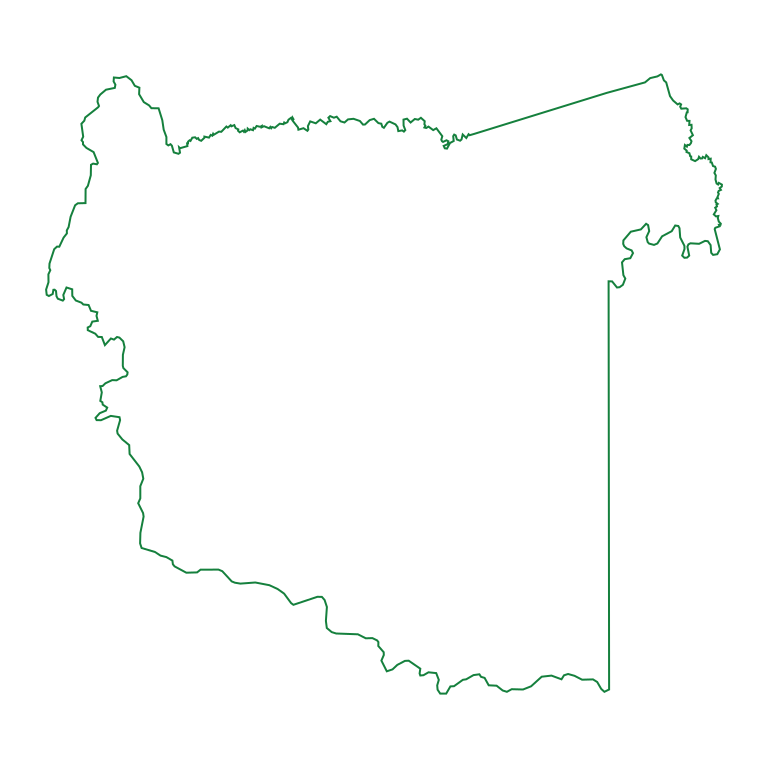 the district of La Macarena, Meta, Colombia
{"feature_id": "7082276B91744588018589", "entity_name": "La Macarena", "entity_type": "district", "adm_level": 2, "iso_a3": "COL", "parent_name": "Colombia", "parent_adm1": "Meta", "projection": "natural_earth1", "projection_center": [-73.869, 2.122], "detail": "fine", "context": "isolated", "style": "outline", "palette": "green", "viewbox_px": 768, "rotation_deg": 0, "n_neighbors": 0, "source": "geoboundaries", "source_scale": "gbopen_adm2", "svg_char_len": 6036}
<svg xmlns="http://www.w3.org/2000/svg" viewBox="0 0 768 768"><path d="M126.3,76.2L119.4,78.0L113.9,77.5L113.6,81.4L115.4,84.7L114.8,87.9L106.0,89.7L100.3,94.5L98.0,97.6L97.5,101.8L99.0,106.0L98.2,107.2L85.2,117.5L84.3,120.7L81.4,123.8L83.2,136.7L81.5,140.2L83.0,142.1L83.0,144.4L86.4,147.9L93.6,152.1L97.9,162.9L96.9,164.3L93.1,163.6L91.0,164.8L90.8,175.3L87.9,185.8L85.6,189.0L85.5,203.1L77.8,203.3L75.1,205.3L70.6,216.8L68.6,227.1L66.8,230.4L66.9,233.4L63.6,237.6L59.3,246.7L57.0,246.6L54.2,249.2L49.5,263.6L49.3,268.0L50.3,270.2L48.4,274.3L48.5,282.2L46.1,289.6L46.7,294.8L48.9,296.0L52.7,294.0L53.4,289.8L54.6,289.7L56.0,291.0L56.5,296.2L57.8,298.7L62.8,300.6L64.1,299.1L63.3,295.0L66.5,287.5L72.2,289.3L72.3,295.9L75.8,300.5L81.5,302.7L83.3,304.5L88.6,305.0L91.0,310.8L97.3,312.3L96.5,315.9L97.8,320.8L92.3,321.6L90.3,326.2L87.7,327.5L87.8,330.2L95.3,333.7L98.1,336.9L101.8,337.0L104.9,345.1L110.9,338.5L114.0,339.6L117.0,337.0L119.4,337.6L123.2,341.3L124.6,347.2L122.9,354.8L122.8,365.9L123.4,368.1L127.6,372.3L127.3,374.5L126.0,376.3L122.6,376.9L116.6,380.3L112.2,380.1L105.4,383.3L102.6,386.0L100.2,386.2L101.8,392.4L100.3,400.9L102.4,402.3L102.7,404.6L107.2,407.6L105.9,410.6L99.7,413.2L95.5,417.9L96.6,420.1L101.0,420.2L110.8,415.9L119.5,417.2L120.1,420.1L117.1,430.7L117.6,433.6L122.3,439.4L129.2,445.1L129.6,454.0L139.3,466.5L142.1,472.3L143.3,478.7L140.3,486.2L140.3,498.4L138.2,503.2L143.1,513.1L143.6,516.6L140.4,532.8L140.1,543.4L141.6,548.0L155.0,552.0L160.5,555.6L166.4,557.1L172.4,560.6L172.9,564.3L174.6,566.4L186.3,572.7L197.1,572.4L200.5,569.7L218.5,569.6L222.3,571.2L231.7,581.4L234.9,582.7L240.4,583.6L255.3,582.5L269.4,585.2L277.6,589.0L284.1,593.6L291.1,603.1L293.4,604.8L317.4,596.8L321.9,596.9L324.6,600.0L326.9,607.0L325.9,620.9L326.8,628.0L331.7,632.1L336.2,633.5L357.9,634.3L365.8,638.3L372.4,638.1L377.1,640.4L378.4,642.1L378.3,646.0L383.7,652.2L383.8,655.0L381.4,660.6L386.8,671.3L392.5,669.4L397.3,664.9L404.9,660.9L408.7,660.7L420.3,668.7L419.6,673.5L420.3,675.5L423.5,675.2L428.5,672.3L436.2,673.1L438.8,679.9L437.2,685.4L437.6,689.7L440.2,693.6L446.2,693.6L450.4,686.4L454.0,686.2L462.9,679.8L466.2,679.3L473.5,675.1L479.4,674.3L481.0,676.8L484.6,677.9L488.7,685.3L496.6,685.7L502.7,690.5L506.9,691.8L511.7,689.2L523.0,689.5L531.1,686.3L541.7,676.7L551.5,675.6L561.5,679.3L564.0,675.3L568.1,674.0L574.5,675.8L582.1,679.7L593.0,679.4L597.2,682.0L601.2,688.9L604.4,691.8L609.1,689.5L608.6,281.3L612.1,281.4L617.0,287.5L619.6,287.2L622.9,284.8L625.3,278.6L623.4,275.2L622.0,262.4L624.7,259.2L630.3,258.2L633.0,253.1L631.6,250.4L626.6,248.4L624.2,246.2L623.2,243.9L623.4,240.4L630.8,231.7L640.9,229.4L646.1,223.8L648.1,225.1L649.2,231.1L646.4,237.2L647.7,242.1L649.1,243.6L654.0,244.9L657.4,243.5L662.1,236.3L671.7,231.2L675.2,225.5L678.3,226.0L679.5,228.2L680.2,237.5L684.4,245.8L684.5,249.0L682.2,255.6L684.4,257.8L687.1,257.6L689.2,255.6L687.4,246.7L688.4,244.4L690.4,243.3L699.1,243.8L705.0,240.9L707.8,241.2L710.6,245.1L711.2,252.8L713.1,254.9L717.3,254.2L719.9,249.4L714.7,229.1L715.3,227.8L719.6,226.3L719.0,224.9L720.5,224.9L720.8,223.7L718.8,221.6L717.8,218.0L718.3,216.0L716.0,216.4L713.8,214.4L716.4,210.2L715.2,207.7L717.0,206.4L716.5,204.6L717.7,203.9L715.8,202.4L715.5,200.6L716.8,198.3L718.0,198.3L717.5,197.0L718.8,193.9L718.0,192.5L718.7,190.9L720.9,189.9L719.7,188.1L721.8,186.5L721.9,184.6L718.8,182.9L718.1,184.5L716.6,183.5L715.5,179.5L715.8,175.4L714.4,172.9L715.9,168.9L715.1,166.7L713.0,166.0L711.8,162.5L710.5,162.3L710.7,158.7L708.5,159.1L708.5,157.4L706.3,155.2L705.1,158.2L702.8,156.9L702.1,158.4L700.5,158.5L699.0,156.8L698.2,159.1L695.1,161.1L691.2,159.3L691.2,156.5L690.2,156.2L689.4,153.2L686.5,152.0L686.7,150.6L684.3,148.6L684.9,145.0L686.9,146.6L687.5,144.9L689.4,145.0L690.9,143.2L691.5,141.2L689.4,138.0L692.9,135.2L690.6,130.4L691.7,128.3L691.5,124.8L689.2,125.0L689.5,120.9L687.1,120.8L685.5,117.1L686.8,112.4L687.6,112.3L687.7,109.3L686.3,108.3L681.3,108.7L680.2,106.7L681.1,104.4L679.6,103.4L677.6,104.4L673.1,100.5L670.0,96.1L666.2,82.4L663.9,80.4L661.9,75.0L660.9,74.4L657.4,76.4L650.2,78.1L645.0,82.4L606.7,92.9L474.2,133.9L469.7,135.2L468.6,134.2L466.3,138.0L462.7,134.5L461.5,139.5L460.1,140.7L456.9,139.5L455.7,135.4L454.2,134.6L453.2,136.2L453.7,141.0L450.0,143.0L447.0,148.6L444.8,148.3L443.7,145.9L447.6,144.2L448.4,141.3L446.5,140.3L443.0,141.9L442.0,141.2L441.3,139.7L442.3,136.2L436.4,128.3L433.2,130.1L428.5,126.6L426.2,128.0L424.4,127.5L425.4,125.8L424.4,124.3L424.7,121.2L420.9,117.8L418.2,119.7L414.8,119.0L410.6,122.5L407.0,118.7L403.5,119.6L403.6,125.6L405.3,130.1L403.9,131.6L402.2,130.4L398.3,131.1L397.5,127.1L395.5,124.4L389.5,121.6L387.4,122.8L383.9,127.8L382.3,126.8L381.3,123.7L378.4,123.1L374.0,118.8L369.7,120.1L365.0,124.5L363.0,124.6L359.9,121.0L353.5,118.8L348.0,119.4L344.5,122.5L340.5,121.3L336.7,116.7L333.9,117.7L330.1,116.1L328.4,117.7L330.4,121.2L327.8,121.8L326.3,124.2L320.2,119.6L315.8,123.3L310.2,121.4L307.9,126.1L308.3,129.6L307.4,130.8L303.5,128.2L298.4,129.7L298.0,127.5L292.5,120.5L293.5,119.3L292.3,117.2L291.4,118.7L290.8,118.0L288.5,119.7L287.4,122.2L285.1,123.3L284.2,122.5L283.5,124.2L279.7,123.7L274.8,127.8L272.1,127.0L271.2,128.2L270.3,126.9L269.2,128.3L264.0,126.2L261.7,127.3L261.8,125.9L260.2,126.8L256.6,126.0L254.9,128.6L253.6,127.9L253.0,130.2L250.4,129.3L249.4,130.1L247.7,128.6L247.5,130.5L245.5,131.9L244.8,130.2L243.9,131.8L242.9,130.6L239.7,132.3L238.0,130.7L238.3,129.4L235.6,128.1L234.3,125.1L231.4,126.3L230.7,125.2L227.8,127.6L226.4,126.5L221.3,131.8L219.0,131.6L213.7,134.8L213.1,133.8L212.3,135.7L210.7,134.9L209.0,137.6L204.4,136.6L204.4,137.8L201.2,140.8L199.2,140.0L198.1,138.1L196.8,138.9L195.1,137.3L192.3,137.7L190.5,140.9L189.6,140.3L188.1,141.6L188.0,143.4L187.1,143.4L187.4,146.1L180.1,148.2L179.1,147.3L180.0,152.7L178.5,153.8L173.8,152.4L171.9,145.7L170.5,144.2L168.3,145.4L166.4,144.0L166.4,137.0L163.7,129.7L162.3,120.2L158.6,108.3L151.4,108.2L149.1,105.4L143.8,102.1L139.1,94.2L139.4,87.7L134.8,85.8L131.5,80.2L126.3,76.2Z" fill="none" stroke="#15803d" stroke-width="2"/></svg>